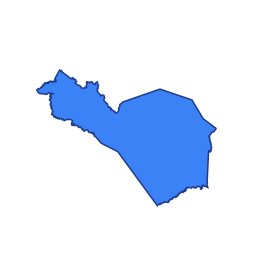 outline of Derwent Valley, Tasmania, Australia, rotated 208°
{"feature_id": "25037944B77062531378131", "entity_name": "Derwent Valley", "entity_type": "district", "adm_level": 2, "iso_a3": "AUS", "parent_name": "Australia", "parent_adm1": "Tasmania", "projection": "robinson", "projection_center": [146.703, -42.804], "detail": "fine", "context": "isolated", "style": "filled", "palette": "blue", "viewbox_px": 256, "rotation_deg": 208, "n_neighbors": 0, "source": "geoboundaries", "source_scale": "gbopen_adm2", "svg_char_len": 5856}
<svg xmlns="http://www.w3.org/2000/svg" viewBox="0 0 256 256"><g transform="rotate(208 128 128)"><path d="M208.0,113.2L207.5,112.2L207.3,112.2L207.4,111.8L206.0,111.4L206.1,110.9L205.4,110.8L205.5,110.5L205.1,110.4L205.3,109.4L204.6,109.2L202.5,107.8L202.1,105.7L201.8,105.8L201.5,104.8L201.8,104.7L201.6,104.1L200.8,104.3L200.7,104.0L199.6,104.3L199.5,103.9L198.2,102.9L197.4,104.1L196.7,103.7L196.8,103.6L196.0,103.0L195.1,104.0L194.1,103.3L193.4,104.2L192.7,103.7L191.4,105.2L190.0,104.3L189.2,105.3L187.8,104.4L185.8,107.2L185.5,107.1L185.0,107.2L183.1,108.4L182.3,108.7L181.4,108.4L180.4,108.4L180.1,107.4L180.2,106.4L180.1,105.7L179.1,104.4L178.6,104.1L178.0,104.3L177.5,104.9L177.6,105.3L178.2,106.0L177.9,106.5L176.8,105.6L175.9,105.2L174.8,106.2L174.1,106.5L173.4,106.5L173.0,105.9L172.4,105.6L171.8,105.6L171.3,106.0L170.9,105.8L170.7,106.0L170.6,106.4L170.2,106.5L169.9,106.2L169.0,106.0L168.5,105.4L167.9,105.7L167.1,105.6L166.9,105.4L167.4,105.2L167.0,105.0L166.1,105.2L165.6,105.0L165.3,104.6L164.3,105.9L163.7,107.0L163.3,107.3L161.8,107.0L161.5,106.7L161.5,106.3L161.1,106.0L160.3,105.8L159.5,106.4L158.6,106.4L158.3,106.8L158.2,106.8L158.2,106.5L157.6,106.3L156.9,106.6L157.1,107.0L156.9,107.1L156.6,107.0L156.3,106.5L156.0,106.4L155.7,106.7L155.9,107.2L155.7,107.4L155.2,107.0L155.4,106.3L154.5,105.9L154.6,105.7L153.9,105.2L153.9,105.6L153.5,105.5L144.5,102.0L125.9,102.3L65.7,73.2L65.8,73.6L65.3,74.4L64.6,75.0L64.6,75.7L63.9,75.6L63.4,75.8L63.5,76.5L63.3,76.7L63.5,77.1L62.6,77.7L62.6,78.2L61.8,78.5L61.5,78.7L60.9,79.9L60.7,80.1L60.4,80.0L60.1,80.3L59.1,80.4L58.7,80.9L58.2,80.9L57.9,81.3L57.7,81.3L57.6,81.7L57.3,81.8L57.2,82.3L57.6,82.7L57.6,83.2L57.7,83.4L57.4,83.7L57.3,84.5L56.4,84.9L56.4,85.1L56.8,85.3L56.8,85.5L56.1,85.6L56.2,85.8L55.8,85.9L55.5,86.3L55.5,86.6L55.7,87.8L55.2,87.8L55.0,88.6L54.1,89.1L53.3,89.0L53.2,89.2L53.8,89.4L53.3,89.7L53.2,90.2L53.3,90.6L52.9,90.8L52.6,90.8L52.6,91.1L52.1,91.7L52.2,92.1L52.1,92.3L52.7,92.7L52.6,93.8L52.3,94.2L52.0,94.1L51.9,94.5L51.5,94.6L51.3,95.1L51.5,95.5L51.1,95.6L50.9,96.1L51.0,97.1L50.3,97.3L49.8,96.9L49.2,96.8L49.1,97.9L49.3,98.2L48.8,98.5L49.0,99.3L48.6,99.2L48.5,98.3L47.8,99.2L47.6,100.1L47.7,100.6L48.6,100.8L48.1,101.7L48.4,102.3L48.4,102.7L47.5,102.7L46.8,103.9L44.8,104.6L43.9,104.6L43.6,105.1L43.4,106.2L43.0,106.8L42.2,106.8L41.6,106.4L41.5,106.7L40.5,106.7L40.1,107.2L39.7,107.2L39.6,107.4L39.8,107.7L39.5,108.7L38.1,109.6L37.1,109.9L36.0,109.2L34.8,108.2L34.4,108.5L34.6,109.0L34.4,109.7L34.7,110.0L34.5,110.4L35.1,110.7L34.9,111.4L35.4,112.2L35.1,112.5L35.0,112.8L34.6,112.9L34.4,112.5L34.0,112.6L33.3,112.3L32.9,112.6L32.0,112.8L31.3,113.3L30.8,112.8L29.6,113.0L31.0,114.3L32.0,115.7L32.3,117.2L32.7,117.4L46.2,145.8L45.5,146.0L44.8,145.4L44.2,145.4L44.1,145.6L44.0,146.2L44.2,146.8L44.1,147.8L44.9,148.7L45.0,149.3L44.8,149.5L45.0,150.1L45.6,150.5L46.1,151.1L46.5,151.4L47.0,152.1L46.9,152.4L47.3,152.7L47.2,152.9L47.7,153.1L47.9,153.6L48.6,153.9L48.6,154.2L48.9,154.2L49.2,154.8L49.5,154.9L49.5,155.3L50.1,155.6L50.6,156.7L51.4,157.4L51.3,157.7L51.8,158.4L52.4,158.4L52.7,158.7L52.3,159.0L52.3,160.2L52.4,160.8L52.0,161.5L52.1,162.1L52.0,162.5L52.2,162.9L51.7,163.9L50.3,165.2L50.3,166.2L50.6,166.8L50.3,167.4L50.0,167.6L49.9,168.5L50.3,168.7L50.3,169.0L66.0,171.5L84.7,182.8L118.1,177.3L144.8,148.5L145.4,146.2L146.0,145.6L146.2,144.7L146.1,144.3L145.5,143.6L145.4,140.6L144.8,140.2L144.7,139.4L144.4,138.7L144.5,137.9L144.7,136.5L145.9,135.6L146.8,135.6L147.3,136.4L148.5,136.0L149.0,136.4L149.6,136.4L150.0,136.6L151.7,136.1L151.8,136.4L151.7,137.3L151.8,137.4L153.5,137.3L153.8,137.5L154.0,137.9L154.3,137.5L155.0,137.3L155.9,137.9L157.6,139.7L158.4,139.6L159.6,140.0L159.9,140.3L161.2,140.2L162.7,141.8L162.7,143.2L163.2,143.7L163.3,144.3L164.5,145.4L165.1,145.2L166.1,145.3L166.8,144.4L166.9,143.8L167.4,143.6L168.3,144.4L172.5,146.0L172.7,147.1L172.9,147.6L173.5,148.1L173.1,148.9L173.5,150.0L174.0,150.4L173.9,150.7L174.0,151.8L175.2,152.3L176.6,154.2L177.1,153.9L177.5,153.3L177.7,152.0L177.4,150.9L177.5,150.7L178.9,151.0L179.7,150.9L180.6,151.7L181.9,151.7L182.2,151.5L182.5,150.8L182.8,150.4L183.4,150.3L184.2,149.8L185.5,149.7L186.1,149.4L186.2,148.9L186.2,148.7L184.9,148.0L185.1,147.4L184.6,145.4L183.7,144.8L183.6,144.6L183.8,144.0L184.6,143.4L185.3,143.6L185.4,142.8L185.9,142.3L187.6,141.6L188.2,141.7L188.9,142.2L190.3,142.8L192.0,142.6L192.9,142.3L194.0,142.7L195.6,142.6L195.6,143.2L195.9,143.7L195.2,144.8L195.9,145.0L196.4,145.7L196.7,146.0L197.9,146.1L198.2,145.6L198.6,145.8L199.0,145.5L200.0,145.8L199.8,146.1L200.0,146.5L200.7,146.3L201.1,145.2L201.6,144.8L212.8,146.6L212.8,146.4L213.5,146.6L213.3,147.3L213.6,147.4L213.7,146.8L215.6,147.1L215.7,137.0L214.8,136.9L215.0,135.9L213.5,135.7L213.6,135.0L214.1,135.1L214.2,134.7L214.4,134.8L214.5,134.6L215.1,134.7L215.3,133.8L215.9,133.9L216.1,133.3L217.2,133.5L217.4,132.7L218.1,132.9L218.1,132.5L218.9,132.5L219.4,131.6L219.6,131.6L219.8,131.2L219.3,130.4L219.8,130.1L219.6,129.9L220.3,129.5L220.5,129.8L220.6,129.4L221.4,129.6L221.6,128.8L221.9,128.9L222.1,128.4L222.7,128.5L222.7,128.1L222.4,128.0L222.5,127.6L222.2,127.6L222.3,126.9L222.7,127.0L222.9,126.0L223.3,126.1L223.4,125.4L223.1,125.1L222.8,125.0L222.9,124.5L223.0,124.5L223.1,123.9L223.4,123.9L223.6,123.3L223.8,123.4L224.0,122.7L223.8,122.7L224.3,121.5L224.6,121.2L224.8,121.2L225.7,120.1L225.9,120.1L226.4,118.7L226.1,118.4L225.7,118.4L224.8,117.9L223.8,117.1L222.9,117.0L222.0,117.1L221.4,117.5L220.8,117.4L220.5,117.7L219.9,117.8L217.8,118.9L216.2,119.1L215.1,120.3L214.5,121.8L213.1,122.4L211.7,122.3L210.3,123.3L210.1,123.1L211.2,122.1L211.7,122.0L213.0,122.1L212.5,121.5L211.9,119.5L211.1,120.0L210.2,118.8L210.5,118.8L210.3,118.4L210.6,118.3L210.4,117.9L210.7,117.8L210.3,116.7L210.7,116.3L210.0,115.6L209.6,115.9L207.5,114.0L207.3,113.6L208.0,113.2Z" fill="#3b82f6" stroke="#1e3a8a" stroke-width="1.5"/></g></svg>